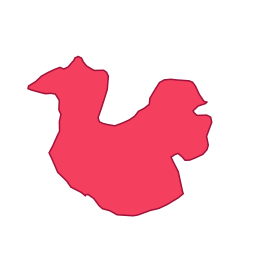 an SVG outline of Vasilevo, rotated 65°
{"feature_id": "MKD-2995", "entity_name": "Vasilevo", "entity_type": "Statistical Region", "adm_level": 1, "iso_a3": "MKD", "parent_name": "North Macedonia", "parent_adm1": "", "projection": "natural_earth1", "projection_center": [22.608, 41.545], "detail": "fine", "context": "isolated", "style": "filled", "palette": "rose", "viewbox_px": 256, "rotation_deg": 65, "n_neighbors": 0, "source": "natural_earth", "source_scale": "10m", "svg_char_len": 1387}
<svg xmlns="http://www.w3.org/2000/svg" viewBox="0 0 256 256"><g transform="rotate(65 128 128)"><path d="M82.4,183.0L73.9,178.6L66.6,179.5L64.1,183.0L62.0,188.4L57.8,193.6L52.8,199.4L50.1,202.0L49.0,201.2L47.9,200.3L46.9,191.9L44.4,184.4L43.9,176.8L43.9,169.8L44.3,164.0L45.1,163.3L47.4,161.4L47.4,156.5L45.6,152.6L43.9,148.6L42.1,146.4L42.1,142.9L45.0,140.6L49.2,140.6L54.4,139.3L61.5,134.4L65.4,125.6L68.5,123.9L72.7,123.9L84.3,130.5L92.0,137.5L98.7,143.7L106.0,150.8L110.2,151.3L113.1,149.0L116.3,145.1L120.5,138.9L121.2,130.0L121.2,123.0L120.1,116.8L117.3,111.5L117.0,104.9L115.5,98.7L110.3,95.6L104.3,86.8L100.1,80.2L99.7,74.9L101.9,68.7L105.4,62.9L111.0,52.8L113.8,50.1L118.7,49.2L127.8,49.2L135.9,47.9L137.9,45.6L138.6,47.4L137.7,55.1L139.9,61.7L142.2,61.7L145.7,60.1L149.6,51.2L153.1,48.5L158.2,49.7L168.7,60.3L177.5,62.5L181.0,65.6L183.5,71.3L183.5,78.4L183.2,85.5L181.4,89.9L176.8,91.2L172.2,93.4L171.9,96.9L172.6,101.3L177.5,101.3L188.7,100.9L208.0,105.3L210.9,105.7L212.5,111.9L213.9,124.8L213.9,134.0L212.1,142.9L211.0,155.7L209.7,160.5L206.8,165.8L202.0,174.6L195.2,179.5L190.4,185.2L186.2,187.0L182.0,187.9L177.4,188.8L171.4,192.3L170.7,195.0L171.2,195.4L166.6,197.6L157.5,204.7L150.1,206.0L145.2,207.8L138.6,210.4L124.8,210.0L117.1,210.0L112.5,203.8L105.2,195.4L102.0,191.4L93.2,187.5L87.3,183.0L82.4,183.0Z" fill="#f43f5e" stroke="#9f1239" stroke-width="1.5"/></g></svg>